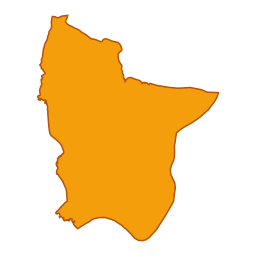 the district of Mayparkngum, Vientiane [prefecture], Laos
{"feature_id": "54806243B973390148812", "entity_name": "Mayparkngum", "entity_type": "district", "adm_level": 2, "iso_a3": "LAO", "parent_name": "Laos", "parent_adm1": "Vientiane [prefecture]", "projection": "robinson", "projection_center": [102.92, 18.139], "detail": "fine", "context": "isolated", "style": "filled", "palette": "amber", "viewbox_px": 256, "rotation_deg": 0, "n_neighbors": 0, "source": "geoboundaries", "source_scale": "gbopen_adm2", "svg_char_len": 5373}
<svg xmlns="http://www.w3.org/2000/svg" viewBox="0 0 256 256"><path d="M77.7,228.7L79.0,227.9L81.4,226.2L83.7,224.9L88.7,221.9L89.8,221.4L91.6,219.9L92.2,219.6L94.3,218.7L95.3,218.4L98.7,217.7L103.1,217.5L104.0,217.6L105.5,217.5L107.8,218.4L110.4,219.1L114.1,220.4L114.9,220.8L115.3,221.2L122.0,225.5L124.1,227.6L126.7,229.6L128.4,231.4L131.2,234.3L134.8,238.3L138.6,240.4L142.9,240.6L146.2,239.6L149.6,237.2L156.7,229.3L162.9,219.5L165.9,214.8L171.3,205.5L173.6,201.1L174.4,193.7L175.3,187.9L174.7,182.8L170.9,174.7L170.3,169.4L171.7,164.7L173.6,160.2L174.4,156.6L174.6,151.5L174.4,146.4L175.7,137.7L176.3,133.6L176.6,132.8L179.0,130.7L181.5,128.8L184.0,127.2L188.3,124.8L191.8,122.8L199.3,117.7L205.2,112.6L208.0,110.1L214.2,102.1L216.6,98.1L217.8,94.8L218.4,92.6L207.3,92.2L201.4,89.7L194.8,88.4L190.0,87.5L182.5,88.0L177.7,88.2L167.5,87.2L157.2,85.5L153.7,84.5L152.6,84.1L151.9,84.1L151.1,83.6L150.6,83.4L150.2,83.4L149.8,83.6L149.4,83.9L149.2,84.5L148.9,84.6L148.0,84.0L146.8,82.9L146.3,82.8L145.9,82.9L145.5,83.1L145.3,83.1L145.0,82.4L144.7,82.5L144.2,83.0L143.7,82.6L143.3,82.4L143.1,82.5L142.5,82.9L142.0,83.4L141.8,83.0L141.2,82.0L140.8,81.5L140.1,80.9L139.5,80.6L138.4,80.1L135.3,79.2L133.9,78.7L131.4,77.6L130.3,77.5L129.2,77.6L128.6,77.8L127.6,78.3L127.2,78.6L126.2,79.7L125.1,81.4L124.9,80.2L124.4,79.7L124.7,79.2L124.3,78.8L124.2,78.4L123.7,78.3L123.5,77.9L123.5,75.8L123.4,75.3L123.3,74.7L122.6,73.7L122.4,73.1L122.4,72.7L122.5,71.5L122.5,71.2L121.8,70.5L121.5,69.7L121.5,69.2L121.8,65.5L119.3,61.7L118.8,60.3L118.2,57.6L118.0,55.4L118.2,54.1L119.3,52.5L121.4,50.8L121.9,49.9L121.8,48.7L121.3,47.1L120.6,45.4L119.5,43.8L118.0,42.5L111.5,40.9L110.0,40.2L106.5,38.9L105.3,38.8L104.0,39.1L103.2,39.6L102.1,41.4L101.5,41.7L99.9,41.4L97.6,40.4L94.0,39.2L91.9,39.0L90.6,38.3L89.3,37.4L85.8,34.6L81.1,31.8L79.4,30.3L78.2,29.6L74.8,28.1L71.6,26.4L69.2,25.3L67.0,23.8L65.7,22.2L65.5,21.5L65.6,21.0L67.2,17.6L67.7,15.4L65.0,15.8L63.1,15.9L61.5,16.3L59.1,17.4L57.9,17.8L56.7,17.5L55.3,16.8L52.9,16.5L52.4,16.5L52.1,17.5L51.9,18.5L51.3,22.1L51.6,26.4L51.3,27.6L50.7,29.3L50.0,30.2L49.6,30.7L49.2,31.4L49.0,31.9L48.8,33.7L48.4,34.9L47.9,36.1L47.7,36.9L47.6,37.6L47.3,38.9L46.9,40.0L46.3,41.3L45.4,42.6L45.1,43.5L44.3,46.2L44.1,47.3L44.0,47.8L43.6,48.2L43.4,49.0L43.1,51.8L42.9,52.7L42.9,53.8L42.7,54.8L42.7,55.8L42.6,56.5L42.1,58.0L41.3,59.9L41.3,60.2L41.4,60.6L41.8,61.5L41.8,61.8L41.2,62.8L40.8,63.7L40.4,64.4L40.1,64.5L39.9,65.0L40.0,65.5L40.3,65.7L40.5,65.9L41.1,66.1L41.3,66.3L41.4,66.5L41.2,67.6L41.2,68.1L41.3,68.5L41.5,68.7L41.9,69.0L43.0,69.3L43.1,69.7L43.1,70.6L45.0,72.7L45.2,73.1L45.1,73.5L44.6,73.9L42.9,75.2L42.1,75.4L41.7,75.8L41.7,76.4L41.9,77.1L42.4,77.4L42.7,78.0L42.3,78.7L41.9,79.0L41.5,79.1L41.1,79.6L41.3,80.2L41.3,81.1L41.7,84.0L41.5,85.0L40.6,87.0L40.2,88.2L39.7,90.1L39.7,91.0L40.2,94.6L40.0,95.3L39.7,95.6L38.8,95.6L38.5,95.7L37.7,96.4L37.6,96.8L38.8,98.2L38.9,98.6L38.2,99.3L38.3,99.7L38.9,99.8L40.2,100.2L40.5,99.9L40.6,99.3L40.6,98.6L40.9,98.5L41.3,99.0L41.6,99.4L42.7,99.9L43.0,100.2L43.4,100.4L43.7,100.3L44.1,99.9L44.5,100.0L45.3,99.9L45.5,100.1L45.6,100.8L45.4,101.3L45.1,101.6L45.0,102.0L44.9,102.7L44.9,103.0L45.1,103.3L45.6,103.4L45.8,103.2L45.9,102.9L45.8,102.7L45.7,102.4L45.8,102.2L46.0,101.9L46.3,101.7L46.4,102.4L46.9,104.5L47.5,106.5L47.6,107.6L47.6,108.4L47.4,109.2L47.8,110.9L47.9,112.1L47.8,114.5L48.1,116.3L48.2,118.5L48.6,124.1L49.0,128.1L49.7,132.6L50.4,134.5L50.7,135.0L51.9,136.3L56.1,139.6L58.1,141.4L59.6,142.8L60.6,144.2L61.6,145.8L62.2,146.9L62.7,148.9L63.5,150.6L63.8,151.8L63.7,152.7L63.5,153.3L63.1,153.3L62.7,153.6L62.3,154.2L62.1,154.5L61.5,154.7L61.2,155.0L60.9,155.6L60.9,156.2L60.7,156.4L60.4,156.5L60.3,156.4L60.1,156.1L59.9,156.0L59.7,156.2L59.7,156.9L59.6,157.0L59.2,156.7L58.9,156.8L58.9,157.7L58.8,157.9L58.3,157.9L57.9,158.2L57.7,158.3L57.9,158.5L57.9,158.9L57.6,159.6L57.6,160.5L57.5,161.1L57.4,161.3L56.9,161.8L56.8,162.1L56.9,162.4L57.2,162.6L56.6,162.6L56.3,163.0L56.5,163.3L56.9,163.8L56.9,164.1L56.7,164.1L56.3,164.0L56.2,164.2L56.2,164.5L56.7,165.1L56.8,165.5L56.8,166.2L56.9,166.3L57.4,166.5L57.5,166.7L57.5,167.0L57.9,167.8L57.9,168.0L57.8,168.7L57.5,169.1L56.8,170.6L56.7,171.3L56.5,172.4L56.6,173.7L57.1,174.2L57.3,174.3L57.8,174.3L58.1,174.5L58.5,174.6L58.5,175.2L58.9,175.9L59.0,176.4L61.1,178.9L62.8,181.6L66.2,189.4L66.5,191.3L67.2,201.5L65.5,202.4L64.9,202.9L63.6,204.3L61.2,206.7L60.1,208.1L58.4,210.0L58.0,210.6L57.5,211.1L57.1,211.1L56.4,211.9L55.9,212.9L55.8,213.3L56.4,213.7L56.8,213.9L57.7,213.8L58.2,213.4L58.7,213.3L59.0,213.3L59.3,213.5L59.7,214.6L60.1,215.2L60.2,215.5L60.1,215.9L59.9,216.4L59.6,216.7L59.3,217.0L59.4,217.4L59.6,217.6L59.9,217.3L60.6,216.3L60.9,216.4L61.1,216.6L61.3,216.8L61.9,217.0L62.0,217.2L62.3,217.7L62.8,218.1L63.1,218.1L63.3,217.9L63.6,217.9L63.5,218.5L63.3,218.9L63.3,219.2L63.4,219.5L63.7,219.7L63.9,220.3L64.3,220.7L64.6,220.7L65.1,220.3L65.6,220.1L65.9,219.7L66.1,219.7L66.3,219.9L66.5,220.3L66.9,220.3L67.5,220.2L67.8,220.3L68.0,220.1L68.1,219.7L68.3,219.6L68.6,219.7L68.6,220.7L68.7,220.8L68.9,220.9L70.1,219.8L70.0,219.2L69.8,219.0L70.2,218.7L70.7,218.7L71.8,218.8L72.1,219.6L71.9,220.4L72.2,221.6L72.4,222.0L72.6,222.4L73.0,222.4L73.4,222.1L73.7,221.6L74.0,221.3L74.4,221.2L74.6,221.2L74.7,221.4L74.5,221.7L74.3,222.1L73.6,222.7L73.4,223.0L73.4,223.5L73.5,223.9L73.9,224.9L77.7,228.7Z" fill="#f59e0b" stroke="#b45309" stroke-width="1.5"/></svg>